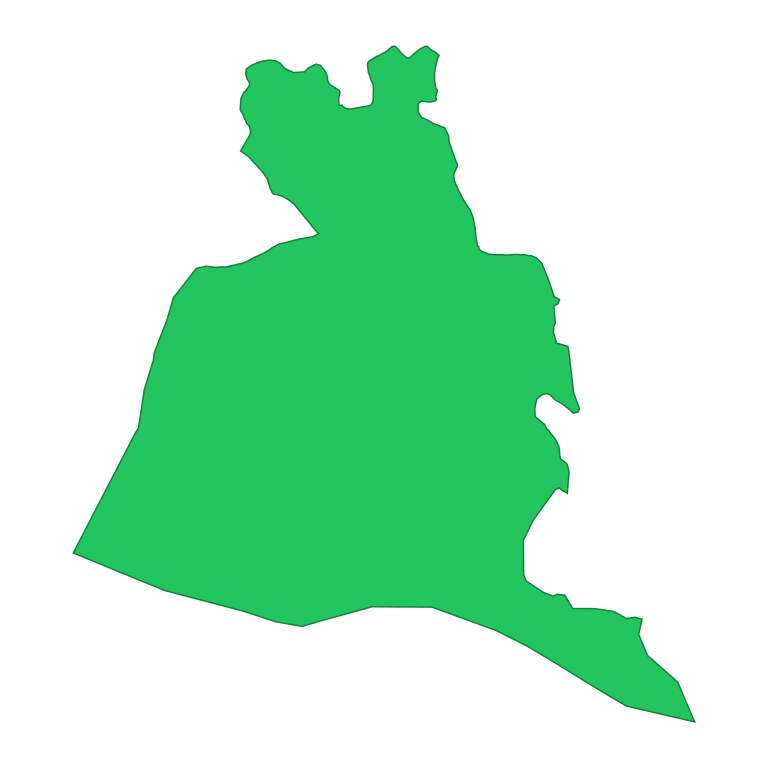 Al-Dilingat, Al Buhayrah, Egypt
{"feature_id": "37247803B72725893374762", "entity_name": "Al-Dilingat", "entity_type": "district", "adm_level": 2, "iso_a3": "EGY", "parent_name": "Egypt", "parent_adm1": "Al Buhayrah", "projection": "equal_earth", "projection_center": [30.518, 30.81], "detail": "fine", "context": "isolated", "style": "filled", "palette": "green", "viewbox_px": 768, "rotation_deg": 0, "n_neighbors": 0, "source": "geoboundaries", "source_scale": "gbopen_adm2", "svg_char_len": 5439}
<svg xmlns="http://www.w3.org/2000/svg" viewBox="0 0 768 768"><path d="M225.7,606.5L242.8,611.0L276.5,622.0L302.3,626.3L321.0,620.8L372.2,606.7L397.4,606.9L432.2,607.1L451.2,614.1L495.3,630.2L527.3,646.2L550.2,659.9L555.9,663.3L582.0,679.4L591.2,685.1L603.7,692.7L626.2,706.0L694.7,721.9L685.7,701.2L677.7,682.0L665.9,671.7L647.6,655.6L638.7,634.5L642.0,619.1L639.6,618.5L635.1,617.3L631.6,617.8L626.3,618.5L614.4,611.8L613.8,611.5L599.9,609.4L594.4,608.6L572.6,608.5L567.7,600.2L565.8,597.0L564.7,595.2L561.2,594.8L557.0,594.4L553.0,596.2L544.8,592.9L542.6,592.0L539.3,589.8L526.2,581.0L523.6,574.7L523.4,540.0L533.5,519.7L541.6,508.6L555.4,489.5L559.3,487.8L562.1,490.5L565.6,492.1L566.5,492.8L567.3,493.3L567.6,489.9L567.9,485.6L568.7,476.7L569.1,472.5L569.0,471.9L568.6,470.2L567.2,464.5L566.4,463.3L564.4,461.8L562.4,460.3L560.3,458.7L559.8,454.6L559.3,449.9L559.0,447.5L559.0,446.9L558.0,444.7L556.5,441.5L555.3,439.1L551.0,433.6L549.9,432.1L549.2,431.0L548.6,430.2L547.0,429.1L546.4,428.0L545.5,426.9L545.0,425.4L544.6,424.5L540.2,421.0L537.5,418.6L535.2,416.5L535.0,412.9L534.8,408.7L535.6,404.2L536.8,399.1L539.7,396.6L540.2,396.3L541.4,395.2L542.6,394.5L545.6,393.8L546.6,393.6L549.8,394.7L552.9,397.6L555.5,400.2L561.1,403.1L563.0,404.5L567.3,407.8L568.8,409.0L570.7,410.7L573.4,413.2L577.6,412.1L578.3,411.9L579.5,408.9L578.2,405.3L575.2,397.1L573.7,393.0L571.8,377.5L571.3,372.7L571.1,371.5L569.9,360.5L569.8,359.3L569.1,354.4L569.0,353.3L568.8,350.7L567.9,346.4L566.0,345.9L564.2,345.3L562.1,344.6L555.5,343.0L556.1,341.3L554.8,337.3L553.5,332.9L553.6,329.6L553.7,326.7L555.3,323.0L554.8,317.9L553.8,306.1L558.0,303.9L559.6,299.5L554.2,296.7L547.8,277.9L545.6,272.7L544.4,269.8L543.5,267.7L542.9,266.0L542.2,263.8L536.7,258.0L531.4,255.8L528.0,255.5L524.3,254.8L519.7,254.6L514.8,254.4L510.6,254.8L509.9,254.9L505.6,255.1L501.1,254.6L500.0,254.7L496.6,254.7L494.3,254.6L488.8,254.2L485.9,252.9L484.8,252.5L481.0,250.9L478.9,248.9L478.7,246.6L477.5,246.1L476.3,238.7L476.0,236.6L475.8,235.4L475.4,231.3L475.3,229.5L473.5,219.0L470.4,210.3L466.7,205.0L464.3,201.1L463.3,199.4L460.5,194.0L460.0,193.0L458.2,189.6L454.3,180.7L453.7,175.6L453.6,174.9L454.2,173.0L455.3,170.7L456.4,168.1L457.4,166.6L457.3,164.5L456.1,161.7L451.0,147.2L450.1,144.7L449.0,141.5L448.8,138.9L448.6,135.9L445.8,130.0L444.7,127.8L443.4,127.3L441.5,126.6L439.0,125.6L436.6,124.7L435.7,124.4L433.8,123.8L429.0,120.9L426.7,119.7L424.6,118.8L421.5,117.5L418.2,111.9L418.2,104.4L419.2,102.5L421.8,101.2L423.2,101.4L425.8,101.7L427.8,101.9L428.7,101.9L431.1,101.9L435.4,100.8L436.5,99.9L436.1,98.4L435.7,97.0L437.1,91.8L437.1,89.7L436.2,88.8L435.5,86.1L435.0,83.8L434.7,81.3L434.5,79.0L434.6,75.6L434.6,73.4L434.6,72.7L435.0,70.0L435.1,68.8L435.5,67.2L436.1,64.7L436.8,61.6L437.5,58.6L439.1,55.4L434.9,52.0L433.0,50.9L431.3,49.8L430.4,49.3L429.7,48.7L427.5,46.4L424.8,46.4L423.1,47.4L421.4,48.3L420.1,49.0L417.5,50.9L414.2,53.5L411.7,56.0L409.9,57.8L407.3,58.2L405.1,56.6L404.0,55.5L402.9,54.6L402.2,53.9L399.9,51.4L398.9,50.3L397.9,49.1L396.7,47.9L394.9,46.1L393.2,46.4L391.9,46.7L390.0,48.3L388.3,50.1L386.6,51.1L385.6,51.7L385.7,52.4L383.2,53.1L381.3,54.3L379.3,55.5L377.0,56.4L375.1,57.2L373.0,58.7L371.3,59.5L369.1,61.1L367.8,63.0L367.5,64.9L367.8,67.5L368.4,72.5L369.5,75.3L369.8,76.0L370.5,78.3L371.6,81.6L373.1,84.2L373.4,87.5L373.4,89.8L373.3,92.5L373.2,97.5L373.2,100.3L372.8,101.4L371.8,103.7L371.1,104.7L369.9,105.6L369.2,105.8L367.4,106.1L365.0,106.5L361.5,107.1L360.8,107.3L355.9,108.0L354.5,108.4L352.9,108.7L351.3,108.9L350.7,109.0L350.0,109.0L348.9,109.0L345.3,108.2L344.8,107.8L343.3,106.8L342.0,105.3L338.9,105.3L338.8,103.3L338.7,100.3L338.7,98.3L338.9,97.3L339.7,93.7L340.0,92.4L339.3,90.6L337.8,89.6L337.1,89.1L334.1,87.2L331.0,85.1L329.2,83.9L327.7,80.7L327.3,76.1L325.6,72.5L324.9,71.0L323.1,68.7L322.4,67.8L320.7,65.8L320.3,65.4L316.2,64.2L315.5,64.5L313.2,65.5L312.4,65.9L308.7,67.8L308.0,68.4L304.3,71.9L293.0,72.6L292.1,71.9L291.4,71.4L287.5,70.0L283.7,67.5L280.5,63.5L280.1,63.0L276.1,61.1L274.0,60.7L270.6,60.2L268.6,60.3L264.2,60.9L263.3,60.9L259.4,62.0L257.2,62.9L256.3,63.2L252.8,64.7L252.1,65.0L246.4,68.8L245.9,71.7L245.6,73.5L247.1,79.1L249.1,81.9L249.7,85.0L247.3,88.5L246.0,90.5L243.6,92.8L241.7,97.1L241.0,98.8L240.7,102.1L240.4,105.9L240.3,108.5L240.4,110.4L242.5,113.7L243.9,116.9L244.9,119.4L246.8,123.6L249.1,125.9L250.5,130.7L250.4,133.1L249.1,136.5L245.6,142.4L244.7,144.0L243.4,146.2L240.6,151.0L247.9,156.2L250.4,158.4L251.6,160.1L252.8,161.3L254.5,163.1L256.4,165.2L259.5,168.6L260.4,169.2L264.2,174.3L267.6,179.6L270.0,187.8L270.8,189.5L272.3,192.7L273.6,194.2L275.2,194.4L277.1,194.6L279.8,195.4L281.5,195.8L283.4,196.8L287.4,199.0L291.1,201.8L294.0,204.1L294.6,204.9L295.8,206.3L302.3,214.2L305.1,217.7L312.5,226.7L314.9,229.6L317.4,232.6L317.9,233.2L318.7,233.6L312.8,236.7L307.9,237.6L300.7,238.8L294.7,240.1L289.1,241.7L287.0,242.2L279.7,243.9L278.5,244.3L272.4,247.6L271.3,248.5L267.2,251.1L262.7,253.8L253.7,257.7L247.5,261.2L243.2,262.9L241.9,263.4L238.0,264.1L237.0,264.5L231.7,265.7L230.2,266.0L226.0,267.0L220.2,267.0L215.4,267.4L207.7,266.4L206.9,266.3L205.8,266.1L204.2,266.8L201.4,267.3L196.4,268.3L178.8,290.9L173.3,297.9L170.8,306.7L167.4,318.8L165.7,323.2L164.7,325.9L160.5,336.6L156.4,347.3L154.4,352.4L153.3,360.6L149.4,373.1L144.3,389.8L138.5,427.9L135.2,433.3L85.1,530.1L79.6,540.7L73.3,553.0L164.4,590.4L187.2,596.4L225.7,606.5Z" fill="#22c55e" stroke="#15803d" stroke-width="1.5"/></svg>